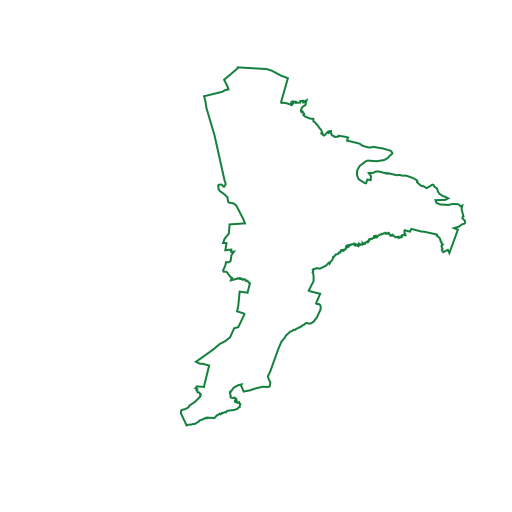 Moara, Suceava, Romania (Natural Earth projection), rotated 311°
{"feature_id": "2599482B75837572043429", "entity_name": "Moara", "entity_type": "district", "adm_level": 2, "iso_a3": "ROU", "parent_name": "Romania", "parent_adm1": "Suceava", "projection": "natural_earth1", "projection_center": [26.193, 47.582], "detail": "fine", "context": "isolated", "style": "outline", "palette": "green", "viewbox_px": 512, "rotation_deg": 311, "n_neighbors": 0, "source": "geoboundaries", "source_scale": "gbopen_adm2", "svg_char_len": 6127}
<svg xmlns="http://www.w3.org/2000/svg" viewBox="0 0 512 512"><g transform="rotate(311 256 256)"><path d="M385.1,400.0L408.3,391.1L407.0,387.2L411.0,389.7L414.9,390.7L417.0,392.0L417.9,392.1L418.7,391.7L419.8,390.1L419.7,387.2L421.2,386.3L421.9,386.7L426.1,380.6L427.1,379.7L429.4,378.6L427.8,377.9L427.9,375.4L427.6,374.5L424.6,370.6L420.4,367.3L415.7,361.1L414.5,357.4L415.9,354.8L422.4,361.9L425.6,363.3L424.6,359.1L423.9,358.1L423.3,353.4L424.1,350.6L425.3,349.4L425.8,347.4L425.3,345.6L426.1,343.3L425.5,342.2L419.2,340.4L418.5,336.4L417.5,335.2L417.3,334.3L417.3,329.1L418.4,328.7L418.6,327.0L417.8,323.2L415.2,316.6L412.8,314.0L411.4,311.3L409.3,309.2L406.2,303.4L404.2,300.8L404.7,300.8L403.1,298.8L400.7,294.0L399.7,292.4L398.0,290.8L395.2,289.7L392.6,286.7L391.7,290.4L388.4,292.8L386.8,289.9L383.0,291.3L382.2,289.4L381.3,283.1L383.3,279.1L386.8,276.3L391.8,275.2L399.1,276.6L401.3,277.7L406.7,284.9L412.8,290.0L417.2,291.3L419.0,291.1L422.7,291.7L423.4,290.9L423.7,288.5L420.6,281.6L415.4,273.1L412.8,271.0L411.6,269.5L409.8,265.6L409.1,263.9L408.7,260.3L402.8,249.0L405.8,247.8L404.5,245.1L400.9,239.4L400.1,239.8L397.4,237.2L397.7,236.8L396.9,233.9L398.1,231.8L399.5,230.7L398.5,229.7L397.4,230.2L396.5,230.1L397.0,228.8L391.8,228.5L391.3,227.8L391.4,225.0L392.3,225.6L394.0,222.2L394.2,220.0L395.1,216.4L395.5,213.0L395.3,211.0L397.1,209.3L395.2,206.7L393.5,201.8L393.5,199.1L394.8,199.2L395.6,196.3L394.4,196.1L394.8,194.9L395.4,194.3L397.8,193.4L399.6,193.4L402.5,194.3L404.9,192.7L406.7,192.0L404.6,191.2L404.2,191.7L403.5,191.4L402.8,190.7L404.0,189.7L402.1,187.8L400.8,188.7L398.2,186.1L397.7,185.6L398.6,184.9L396.5,182.1L396.1,182.3L395.5,181.7L394.5,182.4L395.9,183.8L393.3,184.1L393.0,183.7L392.9,182.3L391.4,179.0L389.8,176.4L388.2,174.7L388.3,174.4L388.7,173.9L411.1,163.4L408.5,156.4L406.2,146.3L404.1,141.4L386.4,118.5L386.0,119.0L382.0,118.5L368.1,116.3L365.5,122.7L363.7,125.9L360.6,123.7L358.1,123.0L342.5,112.0L339.3,116.7L335.1,121.6L319.8,145.6L292.1,183.1L290.8,185.5L289.9,186.1L287.4,186.5L287.0,185.9L287.4,184.1L287.2,182.9L285.3,181.2L284.8,181.1L284.2,181.4L281.9,183.9L281.3,185.8L281.8,191.7L281.6,195.9L279.2,198.6L278.4,200.2L280.9,204.4L281.2,207.9L275.5,222.2L273.4,226.3L262.5,215.3L255.2,220.8L248.3,221.0L244.2,222.6L246.4,225.3L240.2,229.1L244.6,233.1L242.8,234.5L244.9,236.5L240.5,236.9L235.8,240.0L234.3,239.9L233.1,239.3L231.7,237.4L228.5,239.2L223.5,240.6L222.9,241.9L224.4,243.6L224.7,244.6L223.5,250.0L223.7,252.6L223.3,252.8L222.3,252.5L221.1,253.0L226.7,256.8L227.3,256.8L227.7,258.1L228.6,258.2L228.4,259.3L228.7,259.7L229.4,259.7L229.2,261.2L229.7,262.0L230.6,262.0L231.1,263.0L231.2,263.9L230.5,264.5L231.4,265.4L231.3,265.9L231.6,266.6L231.2,268.4L231.5,269.3L222.7,273.7L218.4,267.0L206.5,275.5L201.8,278.0L204.7,284.7L204.5,285.5L190.7,289.3L187.1,286.9L177.7,289.8L171.5,288.6L165.5,286.3L157.5,285.1L136.8,280.1L137.9,284.4L140.3,287.3L140.7,288.8L142.6,292.5L125.4,301.3L123.2,302.7L118.6,296.8L117.8,297.2L116.4,297.0L117.0,299.1L116.4,299.6L115.6,299.5L115.7,300.0L114.8,301.3L115.7,302.8L115.1,304.1L115.5,304.7L114.7,305.6L113.5,305.7L113.3,306.2L105.7,305.6L99.4,303.9L98.1,304.3L96.5,304.0L93.8,302.9L91.2,301.0L90.1,300.9L88.1,302.3L82.6,314.8L84.0,315.4L86.6,318.0L88.1,318.7L88.8,319.9L93.9,321.5L94.6,321.2L98.9,323.6L100.3,323.9L100.7,324.7L101.9,324.9L101.9,326.0L102.8,326.3L106.6,331.0L110.3,331.0L110.8,331.6L113.2,332.0L113.1,333.0L114.0,333.5L114.5,333.2L115.5,333.3L116.0,334.2L117.7,334.9L118.2,335.9L120.4,335.9L125.2,340.3L128.2,342.2L130.3,342.3L131.5,342.8L132.8,341.6L133.9,341.5L133.9,340.0L134.6,339.2L133.0,338.4L132.2,335.7L133.2,335.0L134.2,336.3L135.2,334.8L134.9,334.0L135.2,333.4L135.1,332.7L133.4,331.6L132.6,329.5L133.7,328.8L135.5,326.2L136.3,326.2L136.4,325.6L137.0,325.4L138.6,326.0L140.2,325.6L142.5,325.7L147.1,327.5L149.7,329.4L148.4,329.8L145.6,335.6L150.5,339.5L155.4,342.3L161.6,346.7L165.2,351.2L166.6,351.9L170.2,349.6L170.9,347.2L173.1,343.9L178.2,342.5L200.0,334.0L208.0,331.4L213.2,331.3L215.9,330.8L221.4,331.5L223.8,332.7L225.1,332.8L225.7,333.9L227.2,334.1L232.1,336.3L233.9,336.5L235.5,337.4L237.4,337.4L239.0,338.4L239.3,339.9L241.3,341.8L243.2,342.1L243.8,342.6L249.7,342.2L258.0,339.8L260.3,338.0L261.2,336.2L260.9,334.8L259.8,333.8L259.6,332.4L269.6,329.2L264.9,320.1L264.4,318.5L274.9,315.9L278.2,313.0L281.0,309.9L280.9,309.4L282.4,309.0L282.7,307.9L284.1,308.1L285.5,309.3L286.9,309.8L287.5,311.5L288.4,312.5L294.7,315.2L298.7,315.3L298.9,315.5L298.5,316.6L300.5,316.0L303.6,316.2L305.7,314.8L306.8,315.5L307.8,315.1L308.7,315.4L309.3,315.1L311.4,316.6L312.8,316.3L313.9,317.3L314.2,316.8L315.7,317.2L315.7,316.5L316.4,316.4L317.3,317.3L317.4,318.6L318.3,318.1L319.7,319.3L320.4,318.8L322.4,319.1L322.6,318.7L322.0,318.0L323.1,317.5L324.3,318.2L324.0,319.8L324.7,319.7L325.3,319.0L326.2,319.5L326.5,320.3L327.9,320.7L329.0,322.3L329.6,321.8L330.0,322.0L330.0,322.6L329.4,323.0L330.0,323.6L328.9,323.8L329.0,324.2L330.6,325.0L330.4,325.8L331.3,325.8L331.2,325.2L332.4,325.7L331.2,326.9L332.4,327.1L333.0,326.3L333.1,327.7L334.3,328.0L334.4,328.9L335.3,329.0L335.9,328.1L335.9,329.8L336.3,330.2L337.5,329.6L337.8,330.0L338.9,330.1L339.0,330.8L340.1,330.7L340.2,331.5L341.2,331.4L341.4,330.9L342.5,331.1L342.7,330.5L343.6,330.7L343.9,331.4L344.6,331.6L344.9,332.3L345.8,332.3L347.8,333.6L348.3,333.4L348.1,332.3L348.5,332.0L350.0,333.1L349.7,333.7L348.6,334.3L349.2,335.0L351.4,334.9L353.4,335.4L354.4,336.5L355.3,336.4L355.8,337.2L356.6,337.3L357.8,338.3L358.4,338.3L358.5,338.7L358.0,339.0L358.0,339.7L360.5,340.7L360.5,341.5L359.7,341.7L360.3,343.9L359.6,344.3L360.6,345.4L361.6,345.2L361.6,349.1L362.3,349.3L362.7,350.0L363.9,350.8L364.2,351.1L363.3,351.9L365.0,352.8L365.5,353.6L366.5,353.3L366.1,352.9L366.2,352.6L367.8,352.7L369.8,355.2L370.6,354.0L370.6,353.2L372.1,351.6L373.0,351.3L375.3,356.2L378.4,355.5L383.0,364.9L384.3,366.4L390.8,378.2L390.7,379.0L390.0,379.1L390.1,382.6L389.0,384.9L388.3,385.4L388.3,386.8L387.5,387.2L387.2,388.4L387.4,389.4L385.1,389.4L383.9,392.0L382.9,391.9L381.9,393.8L381.7,394.8L386.5,396.7L385.1,400.0Z" fill="none" stroke="#15803d" stroke-width="2"/></g></svg>